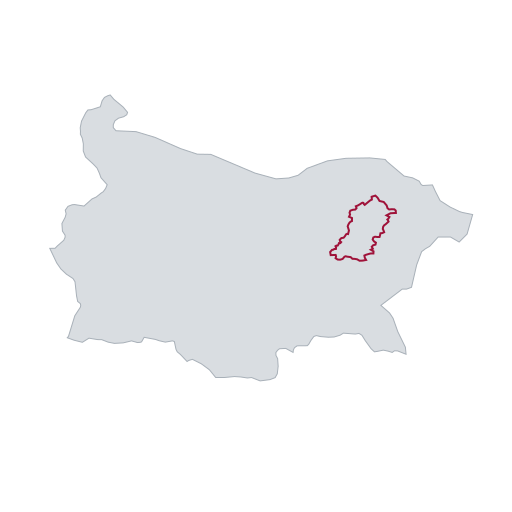 Shumen highlighted on a map of Bulgaria, rotated 12°
{"feature_id": "BGR-2258", "entity_name": "Shumen", "entity_type": "Province", "adm_level": 1, "iso_a3": "BGR", "parent_name": "Bulgaria", "parent_adm1": "", "projection": "equal_earth", "projection_center": [26.96, 43.305], "detail": "fine", "context": "in_parent", "style": "outline", "palette": "rose", "viewbox_px": 512, "rotation_deg": 12, "n_neighbors": 0, "source": "natural_earth", "source_scale": "10m", "svg_char_len": 3620}
<svg xmlns="http://www.w3.org/2000/svg" viewBox="0 0 512 512"><g transform="rotate(12 256 256)"><path d="M423.2,320.9L414.3,319.4L411.2,319.9L409.3,322.0L405.1,321.6L400.1,321.6L394.7,324.0L391.8,325.1L387.9,322.8L380.5,316.1L376.1,311.5L372.8,310.3L369.4,311.7L357.5,313.3L354.7,316.0L349.2,319.0L343.7,320.4L335.8,321.4L331.6,321.3L329.3,322.7L327.3,327.1L325.9,331.4L324.8,333.1L314.9,335.3L312.7,337.7L312.1,340.2L312.3,342.6L304.4,340.2L298.3,341.8L296.8,343.6L295.5,346.3L296.2,349.1L298.5,351.9L300.6,359.3L301.3,366.8L300.0,371.0L295.4,374.0L286.0,377.3L276.9,375.8L272.9,377.1L266.2,377.5L260.0,378.4L250.4,381.4L241.8,383.2L234.1,377.0L224.9,372.8L215.3,370.3L212.0,372.1L210.5,373.5L202.5,368.0L198.9,366.1L197.2,364.0L193.9,356.6L191.9,356.4L185.2,359.1L178.9,359.0L175.0,358.5L163.5,358.8L161.9,363.8L160.5,364.6L158.0,365.3L151.9,364.9L144.1,368.6L135.7,370.9L129.2,371.0L122.5,369.9L118.4,370.7L109.7,371.1L104.1,376.5L95.6,376.2L88.4,375.2L89.3,373.5L91.2,352.1L94.9,342.5L94.8,340.6L94.1,339.1L91.0,337.5L88.8,332.4L84.3,318.8L81.7,316.1L74.3,313.2L67.9,309.3L62.5,304.2L52.7,291.4L57.9,290.2L59.5,287.6L64.7,280.6L65.4,277.2L64.9,275.3L61.5,271.9L59.4,264.6L61.3,257.8L61.5,254.2L59.9,250.8L61.8,246.5L65.5,244.1L67.8,243.4L77.4,242.9L83.7,234.3L87.5,231.5L91.4,226.7L93.2,224.9L94.9,221.1L95.6,217.2L88.1,211.7L85.6,207.6L82.3,203.1L77.8,200.0L68.7,194.6L65.2,189.2L63.8,182.2L61.5,176.8L58.9,173.4L58.4,170.6L57.4,167.1L57.3,160.3L59.7,151.3L61.2,148.1L64.3,147.2L72.7,142.4L73.2,136.2L74.8,132.4L77.5,130.2L79.9,128.8L84.4,132.3L95.2,138.0L100.5,142.2L100.2,144.7L97.6,147.3L92.8,149.8L89.9,153.1L89.1,157.2L89.7,160.1L93.0,162.6L112.8,159.3L132.8,161.0L159.6,166.6L177.4,168.6L190.6,166.0L215.0,170.7L237.7,175.1L259.5,176.4L271.8,172.9L280.4,168.3L287.8,159.6L306.1,148.1L323.8,141.7L346.9,136.4L362.3,134.7L364.5,136.4L384.2,147.0L393.0,147.0L400.1,148.9L402.6,151.7L404.4,152.4L413.8,149.8L418.0,155.5L424.6,163.6L435.8,167.8L445.7,170.2L448.8,170.5L459.3,170.4L457.9,190.7L451.8,200.1L442.3,197.0L430.2,199.6L423.9,210.4L420.3,213.6L417.1,217.3L415.0,231.3L414.6,254.3L410.1,257.1L405.9,258.0L388.4,278.3L398.5,284.0L403.0,288.4L410.4,300.5L421.1,314.2L423.2,320.9Z" fill="#d9dde1" stroke="#a8b0b8" stroke-width="1"/><path d="M328.9,239.6L327.7,236.7L329.1,234.2L330.2,233.8L331.1,232.9L332.7,232.5L332.6,231.1L331.7,229.9L332.5,229.1L333.7,228.9L334.3,227.5L334.4,226.2L335.8,225.9L336.4,224.7L335.1,224.0L334.5,222.8L335.8,220.7L337.9,219.9L338.8,218.3L339.6,216.1L340.5,215.4L341.5,215.4L341.6,211.7L339.5,207.9L339.8,206.0L340.5,204.0L341.4,202.7L342.6,201.9L342.0,198.9L338.8,198.3L339.4,195.9L338.5,194.2L338.8,192.1L341.0,190.7L343.5,189.9L344.4,188.3L343.3,186.6L345.0,185.5L346.9,183.8L348.5,182.1L349.2,181.7L350.0,181.7L350.7,182.8L351.7,183.4L356.0,178.0L357.6,176.7L356.8,174.0L360.2,172.1L362.8,173.7L365.4,176.5L369.7,176.6L373.3,179.4L374.7,181.9L376.5,182.8L379.1,182.0L381.7,181.6L383.2,182.5L383.9,184.8L378.7,186.2L375.2,189.1L378.4,190.1L377.7,192.0L376.9,193.0L377.7,193.7L378.5,194.8L376.2,198.0L374.9,199.4L374.3,201.0L374.4,203.2L375.5,204.6L376.4,206.1L374.8,207.3L373.0,207.9L373.0,210.1L372.9,211.7L370.7,212.2L368.4,212.4L366.9,213.5L366.7,215.6L368.4,217.2L370.5,218.0L370.5,220.0L368.4,221.1L367.3,222.9L368.8,224.6L367.0,226.0L370.0,227.0L370.3,229.1L367.3,229.8L363.4,231.9L361.9,233.0L362.8,235.1L364.5,237.0L361.4,238.3L358.3,239.1L355.6,238.2L353.0,238.3L350.9,238.7L348.8,237.4L345.1,237.7L343.8,237.6L342.7,238.3L341.3,240.9L339.1,242.1L336.6,242.5L334.3,241.6L334.4,239.7L333.7,238.4L328.9,239.6Z" fill="none" stroke="#9f1239" stroke-width="2"/></g></svg>